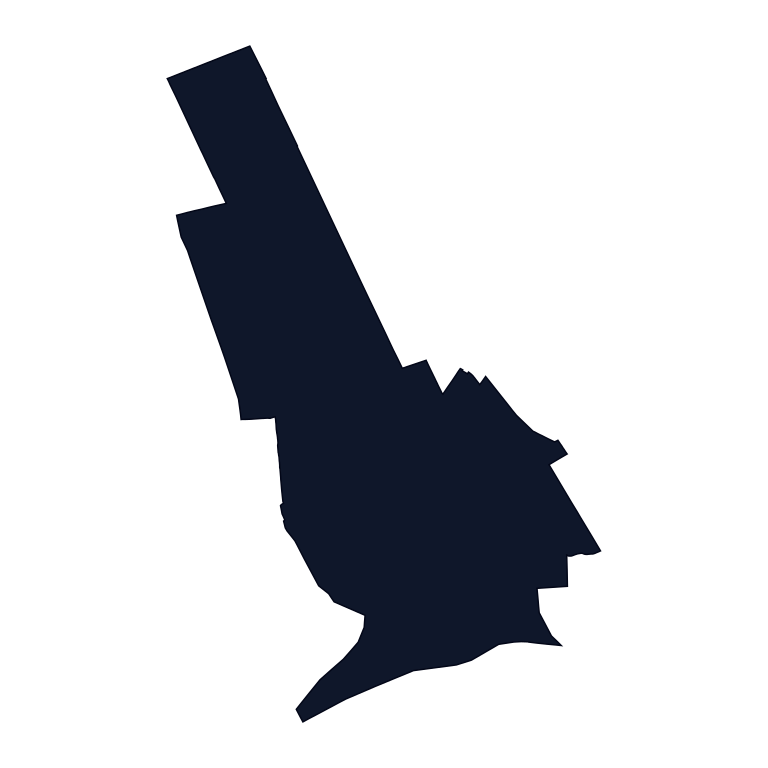 outline of Unirea, Calarasi, Romania
{"feature_id": "2599482B78203742234892", "entity_name": "Unirea", "entity_type": "district", "adm_level": 2, "iso_a3": "ROU", "parent_name": "Romania", "parent_adm1": "Calarasi", "projection": "natural_earth1", "projection_center": [27.6, 44.275], "detail": "fine", "context": "isolated", "style": "filled", "palette": "ink", "viewbox_px": 768, "rotation_deg": 0, "n_neighbors": 0, "source": "geoboundaries", "source_scale": "gbopen_adm2", "svg_char_len": 4728}
<svg xmlns="http://www.w3.org/2000/svg" viewBox="0 0 768 768"><path d="M561.2,645.5L557.4,641.7L552.8,637.3L551.4,635.9L545.3,624.3L539.2,612.8L538.6,606.6L538.1,600.5L537.0,588.3L552.2,587.3L567.4,586.3L567.1,570.6L566.7,555.0L567.2,555.2L567.7,555.5L568.0,555.7L568.3,555.9L568.6,556.0L568.8,556.0L569.1,556.0L569.3,556.0L569.5,556.0L570.0,556.1L570.4,556.0L570.8,556.0L571.3,556.0L571.4,555.9L571.6,555.9L571.8,555.8L572.0,555.8L572.3,555.7L572.6,555.6L572.8,555.5L573.0,555.4L573.5,555.3L573.9,555.1L574.2,555.0L574.4,554.8L574.8,554.7L575.2,554.6L575.9,554.4L576.6,554.1L577.8,553.8L578.9,553.6L579.7,553.5L580.5,553.3L581.1,553.3L581.6,553.2L581.8,553.2L582.0,553.2L582.1,553.3L582.5,553.4L582.9,553.5L583.3,553.7L583.7,553.9L584.0,554.0L584.3,554.1L584.6,554.2L585.0,554.2L585.2,554.3L585.5,554.3L585.8,554.3L586.2,554.4L586.3,554.4L586.5,554.4L586.9,554.4L587.1,554.4L587.9,554.3L588.6,554.2L589.0,554.2L589.5,554.1L590.0,554.1L590.8,554.0L591.7,554.0L592.0,554.0L592.4,554.0L592.6,553.9L592.8,553.9L593.1,553.9L593.4,553.8L593.9,553.6L594.5,553.5L595.4,553.1L596.3,552.7L597.5,552.2L598.8,551.7L599.4,551.4L600.0,551.1L600.5,550.9L591.9,536.4L583.1,521.8L580.2,517.0L577.4,512.2L571.6,502.7L560.3,483.7L549.0,464.7L558.0,459.3L567.1,454.0L567.0,453.9L566.9,453.7L566.2,452.7L565.5,451.7L564.1,449.5L562.9,447.8L561.8,446.0L561.2,445.1L560.5,444.2L559.2,442.2L557.9,440.3L556.3,441.1L554.6,441.9L551.6,440.5L548.5,439.0L546.7,438.1L544.9,437.2L542.0,435.7L539.0,434.3L536.9,433.2L534.7,432.0L533.7,431.6L532.8,431.1L532.7,431.0L532.6,430.9L524.5,423.1L516.4,415.3L512.4,410.4L508.5,405.4L497.0,390.9L485.6,376.5L484.6,378.0L483.5,379.5L483.0,380.3L482.4,381.1L482.0,381.7L481.6,382.2L481.4,382.5L481.2,382.7L480.9,383.2L480.5,383.6L480.1,384.2L479.8,384.7L477.8,382.1L475.7,379.4L474.3,377.5L473.9,377.1L473.0,375.9L471.9,374.8L470.8,373.8L469.3,372.7L468.5,372.1L467.4,373.8L465.2,372.5L463.0,371.3L462.5,371.1L462.1,370.8L462.7,369.9L461.0,368.9L460.3,368.6L458.0,371.9L456.2,374.7L452.2,380.7L447.5,387.4L442.9,394.2L441.8,392.9L441.4,392.1L441.0,391.2L439.9,389.0L438.8,386.8L438.0,385.2L437.3,383.6L435.9,380.8L434.6,378.0L433.5,375.8L432.4,373.5L430.0,368.6L427.6,363.6L427.0,362.2L426.3,360.9L426.2,360.6L426.1,360.3L414.2,364.3L402.3,368.3L397.9,359.2L393.4,350.2L389.8,342.6L386.3,335.1L382.1,326.3L377.9,317.5L372.5,306.2L367.1,294.9L359.7,279.3L352.4,263.8L324.6,204.9L296.9,146.1L297.4,145.9L287.8,125.8L278.1,105.7L271.9,92.2L265.6,78.7L266.1,78.5L262.1,70.4L253.9,54.2L249.8,46.1L223.8,56.3L167.6,78.5L167.3,78.6L168.7,81.4L170.1,84.6L175.8,96.3L201.0,150.3L202.5,153.3L207.5,164.0L213.7,177.1L214.1,177.5L214.2,178.0L214.5,178.2L219.3,188.6L223.7,197.8L226.3,203.4L218.7,205.1L214.6,206.0L208.3,207.5L202.0,209.1L194.3,210.8L189.5,212.0L187.7,212.4L185.9,212.9L181.4,214.1L179.0,214.7L176.6,215.3L177.7,220.8L181.2,237.0L184.4,243.8L187.6,250.6L189.9,257.5L201.8,292.3L211.4,320.2L214.1,327.7L216.8,335.3L220.9,346.8L224.9,358.3L231.7,378.6L238.5,399.0L240.0,409.9L240.6,414.6L241.1,419.5L242.0,419.4L243.4,419.4L244.9,419.4L247.7,419.3L250.6,419.2L256.3,418.8L262.0,418.4L263.0,418.4L264.1,418.3L265.7,418.2L267.4,418.1L268.8,418.2L270.1,418.3L272.6,417.5L275.1,416.7L275.2,416.8L275.2,417.2L275.2,417.5L275.4,418.3L275.6,419.1L275.7,420.6L275.8,422.0L276.0,423.5L276.1,425.0L276.2,426.9L276.3,428.8L276.3,429.2L276.4,429.7L276.4,429.8L276.6,431.3L276.8,432.9L277.2,435.1L277.5,437.3L277.6,438.7L277.8,440.0L277.9,441.5L278.0,443.1L277.9,443.5L277.9,444.0L277.8,444.5L277.7,445.1L277.7,445.5L277.7,445.9L278.2,452.5L278.4,453.1L278.5,453.6L278.6,454.5L278.7,455.4L278.8,456.0L279.0,456.6L279.1,458.0L279.2,459.4L279.3,461.0L279.5,462.5L279.6,463.8L279.7,465.2L279.7,466.2L279.7,467.3L279.9,468.5L280.1,469.6L280.1,469.8L280.1,470.1L280.2,471.2L280.4,473.6L280.5,474.9L280.7,477.2L280.8,479.5L281.0,481.7L281.2,484.0L281.6,488.9L282.1,493.9L282.5,497.7L282.9,501.4L283.2,502.4L283.5,503.4L282.6,503.8L281.8,504.3L281.5,504.5L281.2,504.8L280.8,505.2L280.5,505.6L281.3,509.5L282.1,513.9L283.4,516.7L284.6,519.5L284.7,519.9L284.7,520.2L284.2,520.6L283.6,521.1L284.2,523.4L284.6,525.0L285.0,526.7L285.1,527.0L285.3,527.9L287.2,531.1L290.2,534.8L294.9,540.8L297.0,544.7L304.4,559.1L318.7,585.8L328.7,593.7L331.4,597.8L334.1,601.8L365.1,615.3L364.6,621.4L364.2,627.4L361.2,634.8L358.2,642.2L350.8,650.8L343.3,659.3L331.6,669.5L320.0,679.8L308.1,694.5L300.5,704.0L296.3,709.3L296.7,710.1L300.5,717.4L302.9,721.9L308.5,718.8L315.4,715.2L333.0,705.8L338.4,702.9L345.6,699.1L375.2,686.4L395.7,677.9L413.4,670.6L456.4,664.9L471.5,660.1L485.1,652.2L498.7,644.3L513.9,642.0L521.2,641.6L528.0,641.8L528.3,642.0L536.4,643.0L546.9,644.1L555.4,644.9L561.2,645.5Z" fill="#0f172a" stroke="#020617" stroke-width="1.5"/></svg>